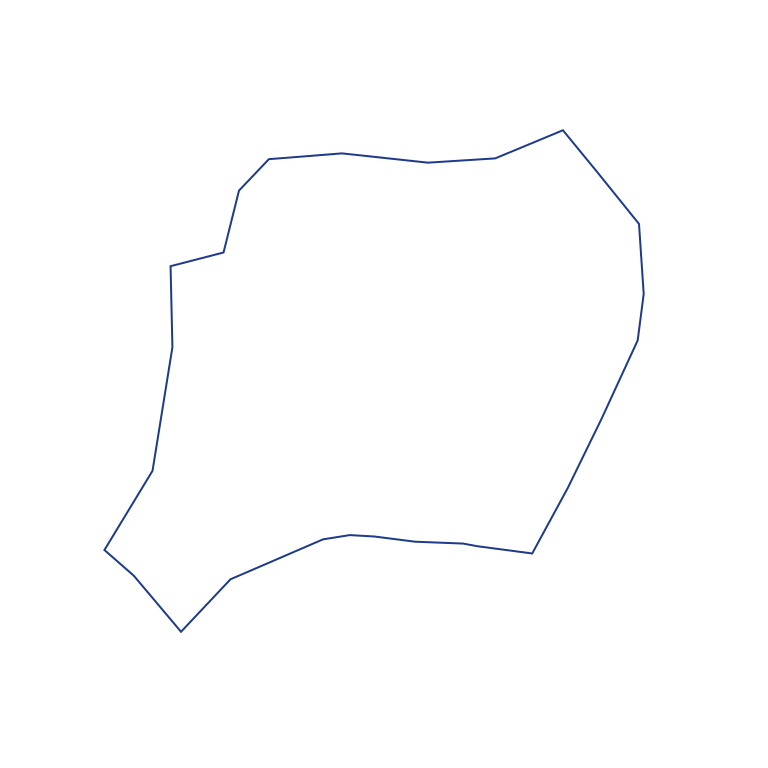 the Municipality of Ligatnes, rotated 284°
{"feature_id": "LVA-5789", "entity_name": "Ligatnes", "entity_type": "Municipality", "adm_level": 1, "iso_a3": "LVA", "parent_name": "Latvia", "parent_adm1": "", "projection": "albers", "projection_center": [25.054, 57.179], "detail": "fine", "context": "isolated", "style": "outline", "palette": "blue", "viewbox_px": 768, "rotation_deg": 284, "n_neighbors": 0, "source": "natural_earth", "source_scale": "10m", "svg_char_len": 501}
<svg xmlns="http://www.w3.org/2000/svg" viewBox="0 0 768 768"><g transform="rotate(284 384 384)"><path d="M243.8,180.4L368.5,169.8L446.7,148.4L472.8,196.5L536.6,196.5L574.3,217.9L597.6,287.4L609.4,373.1L629.8,437.3L673.5,496.2L641.6,539.1L601.0,592.7L534.2,614.2L487.7,619.6L403.3,603.6L327.7,587.5L255.4,568.8L249.2,513.9L248.3,499.3L238.5,452.3L233.7,411.5L229.1,387.3L218.5,362.4L157.4,282.3L94.5,247.0L137.4,187.7L155.3,152.9L243.8,180.4Z" fill="none" stroke="#1e3a8a" stroke-width="2"/></g></svg>